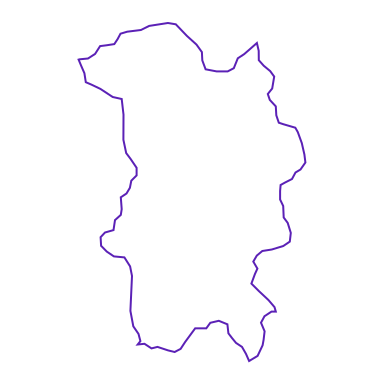 outline of Växjö, Kronoberg, Sweden
{"feature_id": "70781695B32930756633279", "entity_name": "Växjö", "entity_type": "district", "adm_level": 2, "iso_a3": "SWE", "parent_name": "Sweden", "parent_adm1": "Kronoberg", "projection": "albers", "projection_center": [14.91, 56.945], "detail": "fine", "context": "isolated", "style": "outline", "palette": "violet", "viewbox_px": 384, "rotation_deg": 0, "n_neighbors": 0, "source": "geoboundaries", "source_scale": "gbopen_adm2", "svg_char_len": 1613}
<svg xmlns="http://www.w3.org/2000/svg" viewBox="0 0 384 384"><path d="M137.7,344.5L144.5,343.8L151.5,348.4L157.5,346.9L168.1,350.4L174.6,352.0L180.6,348.9L185.2,341.9L195.2,328.3L206.3,328.3L210.3,322.8L218.8,320.8L227.4,324.3L228.4,333.3L231.9,337.9L236.0,342.9L242.0,346.9L246.0,353.9L249.1,361.0L257.6,355.9L262.6,345.3L263.6,339.8L264.6,331.3L261.0,322.7L264.5,316.2L271.5,311.6L275.8,311.6L274.5,307.1L268.5,300.1L258.9,291.1L251.4,283.6L254.9,274.1L257.4,268.6L253.3,261.6L256.8,255.6L262.3,251.0L271.8,249.5L283.3,246.0L289.8,241.6L290.8,232.9L287.7,222.9L283.7,217.5L283.2,206.0L280.1,199.5L280.1,191.0L280.6,185.0L285.1,182.5L292.0,179.0L295.5,172.5L300.5,169.5L305.4,162.5L304.4,154.5L301.8,143.1L297.8,132.1L295.3,127.7L283.3,124.2L278.8,122.7L276.3,115.3L275.8,106.4L269.8,99.9L267.8,94.0L272.2,88.5L274.2,76.6L270.2,71.1L263.7,65.7L258.8,60.2L258.7,50.8L256.9,43.0L249.5,49.5L244.2,54.1L237.8,58.3L233.8,68.2L227.7,71.4L216.6,71.4L205.6,69.3L202.3,60.4L201.9,52.1L196.5,44.6L186.9,35.9L175.8,24.3L169.8,23.3L167.9,23.0L149.2,25.9L140.9,30.0L127.2,31.7L120.5,33.7L117.6,39.1L114.3,44.1L106.4,45.3L100.1,46.1L95.1,53.9L88.0,58.5L79.7,59.3L78.6,59.6L81.1,65.6L84.4,73.2L85.8,82.2L91.4,84.6L100.4,88.9L112.7,97.0L121.7,99.0L123.5,114.6L123.4,139.8L126.2,153.1L130.5,158.8L136.6,167.8L136.6,175.4L131.3,180.7L129.9,187.8L126.5,193.5L120.8,197.3L121.7,209.2L120.8,214.9L115.0,220.1L113.5,230.1L105.0,232.5L100.6,237.2L101.1,245.8L106.8,251.6L113.9,256.4L124.4,257.4L130.1,266.4L132.0,276.0L130.4,310.9L133.3,326.3L138.5,333.9L140.4,341.1L137.7,344.5Z" fill="none" stroke="#5b21b6" stroke-width="2"/></svg>